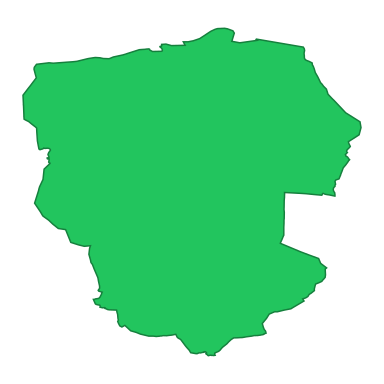 Åseral nor, Vest-Agder, Norway (Robinson projection)
{"feature_id": "86288312B2212467057349", "entity_name": "Åseral nor", "entity_type": "district", "adm_level": 2, "iso_a3": "NOR", "parent_name": "Norway", "parent_adm1": "Vest-Agder", "projection": "robinson", "projection_center": [7.403, 58.684], "detail": "fine", "context": "isolated", "style": "filled", "palette": "green", "viewbox_px": 384, "rotation_deg": 0, "n_neighbors": 0, "source": "geoboundaries", "source_scale": "gbopen_adm2", "svg_char_len": 5775}
<svg xmlns="http://www.w3.org/2000/svg" viewBox="0 0 384 384"><path d="M347.3,152.5L347.1,152.4L347.0,152.2L346.6,151.4L346.8,150.3L348.1,148.8L348.5,148.5L350.0,146.9L350.3,146.4L348.8,143.4L348.4,141.7L359.1,134.8L361.0,127.6L360.0,121.8L345.7,112.8L333.8,100.2L332.3,98.8L332.1,98.5L331.8,98.3L328.0,94.2L326.4,89.1L323.5,86.2L322.0,84.1L320.6,82.7L317.9,77.1L316.2,74.1L315.3,72.6L314.3,69.1L313.2,66.1L312.5,65.2L312.1,62.9L308.9,61.3L307.0,60.6L305.3,59.7L304.4,58.1L304.3,55.3L304.1,54.2L304.1,52.8L304.6,50.5L304.3,48.8L303.3,47.1L256.4,39.1L256.2,39.3L256.3,39.6L256.2,39.7L256.5,39.8L257.7,39.8L257.6,40.0L257.7,40.3L239.8,42.8L231.8,41.3L232.3,39.9L232.3,39.7L234.3,33.1L232.9,30.8L227.4,28.8L224.6,28.3L217.5,28.6L215.1,29.3L210.8,31.3L199.7,38.6L193.2,40.8L188.1,41.8L183.3,41.8L185.1,45.3L171.5,45.6L166.0,44.1L161.6,44.4L161.6,44.5L161.6,44.9L161.8,45.2L161.8,45.4L161.6,45.8L161.4,46.2L161.3,46.3L160.5,46.3L160.3,46.3L160.0,46.5L159.9,46.7L160.0,46.9L160.4,47.3L161.6,48.2L161.9,48.7L162.1,49.2L162.3,50.0L162.3,50.7L162.2,50.9L162.1,51.0L161.4,51.3L152.5,51.5L149.7,50.0L149.6,49.3L149.0,48.9L146.2,49.1L145.1,49.3L141.9,49.5L139.3,49.7L123.0,54.9L113.3,57.0L109.4,58.6L108.7,58.7L103.2,58.5L100.1,57.8L95.5,57.5L94.4,57.6L89.2,58.4L87.6,58.7L77.4,61.2L76.2,61.4L72.3,61.8L66.6,62.2L53.3,63.2L49.0,62.8L36.5,64.3L34.3,67.3L34.0,69.2L35.2,73.8L36.3,77.8L30.2,85.9L28.2,88.4L23.0,95.2L23.3,101.4L23.4,103.3L23.4,105.0L23.5,105.1L23.9,114.9L23.9,116.3L24.0,117.5L24.1,119.2L26.5,120.5L28.6,121.5L31.5,123.9L34.2,126.0L35.4,126.9L36.6,128.0L36.8,132.0L37.3,139.4L37.4,140.9L38.0,144.1L38.3,145.8L38.7,147.8L38.8,148.1L38.8,148.5L39.0,148.9L39.1,149.2L39.4,149.5L39.9,149.6L40.1,149.5L40.4,149.6L40.8,149.5L41.0,149.3L41.6,149.2L42.7,148.9L43.5,148.4L43.7,148.1L43.8,148.1L44.0,148.3L44.7,148.3L45.5,148.4L46.9,148.2L47.5,148.2L48.3,148.3L49.2,148.5L49.6,148.8L50.1,149.3L50.3,149.5L50.4,149.9L50.4,150.3L50.2,150.6L50.0,150.8L49.5,151.4L49.3,151.8L49.0,152.2L48.6,152.8L48.6,153.0L48.3,153.6L48.0,154.4L48.0,154.8L48.2,155.1L48.4,155.6L48.6,156.1L48.9,156.7L49.0,157.2L48.7,157.7L48.5,157.8L47.5,157.9L47.2,157.9L47.1,158.0L47.3,158.3L47.3,158.5L47.4,158.8L47.6,158.9L48.7,159.0L48.8,159.1L49.1,159.1L49.1,160.0L48.9,161.0L48.8,161.9L48.8,162.0L48.7,162.1L48.9,162.5L49.2,162.8L49.9,163.0L50.0,163.1L50.0,163.5L44.1,169.1L43.0,179.5L39.6,186.7L38.9,189.0L38.7,190.0L38.5,190.8L34.6,203.2L40.4,211.8L42.5,215.4L43.0,216.1L48.6,220.1L52.8,224.1L58.3,228.5L65.6,229.6L66.1,230.8L70.8,242.4L78.6,244.9L84.3,246.3L90.5,245.7L89.6,248.3L88.9,254.3L90.5,260.0L90.9,262.2L91.1,262.7L92.4,264.4L94.3,269.3L97.9,277.7L98.5,281.2L99.5,285.7L99.6,286.9L99.6,288.3L98.2,290.3L98.7,291.1L102.2,292.2L101.6,293.4L101.5,294.1L100.0,297.1L98.7,298.4L95.5,298.9L94.6,299.3L93.4,299.4L95.3,303.8L96.1,304.4L98.1,304.9L99.5,305.1L99.9,305.3L100.2,306.5L100.0,307.2L102.5,307.8L104.6,307.6L105.1,307.8L105.1,308.0L104.8,308.3L105.0,308.5L106.5,308.9L106.7,309.0L106.8,309.2L107.7,309.6L108.0,309.6L109.1,309.8L116.6,310.1L117.0,312.3L117.6,314.3L118.0,318.6L118.1,319.1L118.4,320.1L117.7,321.5L118.6,323.6L119.8,325.9L121.9,327.0L124.8,325.4L125.2,325.7L130.7,330.8L136.2,332.4L140.4,334.1L148.7,336.1L153.3,336.1L153.9,336.2L154.9,336.3L155.7,336.4L156.0,336.5L159.4,336.2L160.2,336.0L161.3,336.0L162.7,335.7L163.5,335.6L166.3,335.7L166.8,335.7L168.9,335.4L171.8,335.1L175.8,334.3L176.1,334.9L177.0,336.8L177.3,337.3L177.7,337.7L178.9,338.5L179.7,338.9L180.2,339.2L180.7,339.6L181.0,339.9L185.3,345.7L186.7,347.4L189.3,350.3L190.7,352.7L195.6,353.6L197.0,353.7L198.1,353.3L198.3,353.1L198.7,352.9L199.3,352.8L199.8,352.9L200.5,352.9L202.7,352.4L203.8,352.3L203.7,351.9L204.4,351.7L205.3,351.7L205.6,351.8L205.7,352.1L206.5,352.7L206.6,353.0L206.3,353.3L205.9,353.6L206.0,353.9L207.3,354.8L208.0,355.5L208.3,355.7L210.3,355.2L210.9,355.2L211.4,355.4L213.0,355.4L213.4,355.5L213.8,355.5L215.1,355.3L214.7,354.5L214.8,354.2L214.7,353.2L216.1,352.4L217.6,351.8L218.7,351.3L220.0,350.2L220.3,349.9L221.0,349.0L221.5,348.4L222.5,347.3L226.4,344.2L226.9,343.8L227.9,342.7L228.5,342.0L230.0,340.6L231.1,339.6L233.7,337.9L237.0,337.8L240.3,337.6L241.0,337.6L242.6,337.5L246.4,336.8L251.8,336.1L254.0,335.6L257.7,335.5L259.5,335.2L259.9,335.2L261.4,334.9L262.3,334.7L262.9,334.7L264.3,334.0L264.3,333.9L264.3,333.6L266.0,333.3L266.0,332.9L265.6,331.2L265.0,330.4L264.3,329.6L264.2,329.4L263.3,327.1L262.3,323.5L266.5,318.4L269.2,314.1L274.8,311.7L275.1,311.8L275.5,311.7L276.0,311.8L276.3,311.8L276.5,311.8L277.3,311.8L284.6,310.0L290.9,308.8L292.8,307.6L304.0,301.0L303.3,300.0L303.0,299.3L302.7,298.9L303.6,298.5L304.4,298.4L306.2,297.6L307.9,296.5L308.9,294.8L309.3,294.3L311.0,293.3L314.4,290.6L314.3,289.0L315.3,285.0L315.7,284.0L318.5,282.9L321.8,281.4L322.7,280.1L323.5,279.4L324.4,278.2L325.1,277.5L325.5,274.9L325.2,269.1L326.6,267.9L320.7,263.4L318.6,258.5L308.2,254.7L300.3,251.7L280.3,243.3L280.5,242.7L281.9,239.6L283.2,236.4L283.8,235.2L283.8,228.3L283.8,227.2L283.9,225.2L284.0,223.0L284.0,221.5L284.0,220.0L284.2,218.4L284.2,217.7L284.3,212.4L284.0,209.4L284.1,206.8L284.2,200.4L284.5,197.2L284.5,195.9L284.6,193.3L284.5,192.5L299.9,193.3L306.0,193.7L313.9,194.5L321.8,195.2L322.0,195.0L322.1,194.7L322.6,193.5L323.2,193.4L325.0,194.2L327.0,194.6L329.2,194.9L334.9,196.1L335.0,195.2L334.7,192.7L333.7,191.3L333.2,189.2L333.4,188.7L333.7,187.6L335.0,186.4L335.0,185.5L335.0,185.1L335.6,184.2L335.4,183.5L335.0,181.3L335.9,179.9L339.0,178.9L339.1,178.7L339.4,177.9L339.9,176.7L340.0,176.3L340.4,175.7L340.8,174.2L341.9,171.5L343.2,167.9L345.9,164.7L346.8,163.4L347.4,162.7L348.5,160.9L349.6,159.7L349.2,159.3L348.9,159.0L347.6,157.1L346.9,156.6L345.8,156.0L345.7,155.2L345.4,154.6L346.1,153.8L346.5,153.5L347.3,152.5Z" fill="#22c55e" stroke="#15803d" stroke-width="1.5"/></svg>